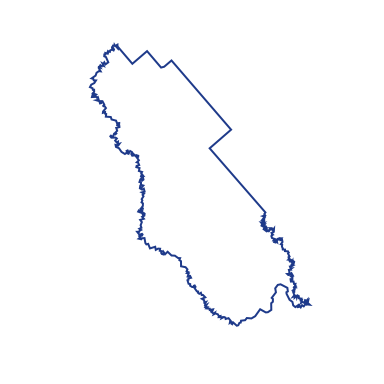 Moira, Victoria, Australia, rotated 229°
{"feature_id": "25037944B99849949120083", "entity_name": "Moira", "entity_type": "district", "adm_level": 2, "iso_a3": "AUS", "parent_name": "Australia", "parent_adm1": "Victoria", "projection": "albers", "projection_center": [145.363, -36.051], "detail": "fine", "context": "isolated", "style": "outline", "palette": "blue", "viewbox_px": 384, "rotation_deg": 229, "n_neighbors": 0, "source": "geoboundaries", "source_scale": "gbopen_adm2", "svg_char_len": 5971}
<svg xmlns="http://www.w3.org/2000/svg" viewBox="0 0 384 384"><g transform="rotate(229 192 192)"><path d="M151.3,138.2L149.9,139.6L149.0,137.8L147.0,138.3L143.1,135.0L139.5,137.8L136.6,137.8L135.7,135.9L133.8,136.7L134.0,135.0L132.5,135.8L131.2,133.5L129.9,135.5L127.9,135.0L129.2,132.6L128.1,131.8L128.4,130.7L125.0,129.2L123.7,130.2L122.5,129.1L120.2,129.8L119.0,131.1L120.0,131.9L119.7,132.7L118.1,132.4L117.9,130.9L113.9,130.5L112.9,131.3L112.1,130.4L110.4,130.7L110.1,132.6L107.9,131.7L107.1,132.7L103.8,132.9L104.9,129.4L102.4,130.2L100.5,128.8L99.8,130.4L99.2,128.5L98.0,128.3L97.8,126.6L97.3,129.1L96.5,126.6L94.9,128.1L94.7,126.5L92.3,128.8L91.3,128.0L89.6,130.9L88.9,129.6L89.9,128.6L89.1,127.9L86.2,128.5L86.0,129.7L85.4,128.3L84.9,130.2L82.5,131.3L80.8,130.7L80.1,131.7L79.8,130.3L77.8,132.6L77.3,131.6L76.7,134.1L75.3,134.8L74.1,134.1L72.8,136.8L70.0,136.7L68.5,134.8L68.4,136.3L66.9,135.6L66.9,136.7L66.1,136.3L66.4,137.5L61.7,138.1L61.1,139.5L62.1,141.9L61.5,143.1L62.7,144.6L60.4,148.0L60.9,150.7L57.6,153.9L56.8,158.2L58.8,166.5L52.7,168.7L51.5,170.4L51.0,174.5L56.1,178.8L56.1,181.0L58.2,182.9L59.8,182.7L61.2,189.5L64.7,191.6L65.6,195.8L64.2,198.3L57.1,201.1L54.1,199.1L54.4,197.5L53.2,196.6L46.6,194.9L43.2,195.7L40.0,194.0L37.3,194.5L36.9,198.0L36.0,197.3L36.6,196.5L35.7,196.3L35.1,197.4L35.7,198.6L33.6,198.4L34.4,200.8L32.4,201.3L32.9,203.9L31.9,204.5L32.6,206.1L31.0,205.7L29.7,206.9L32.4,206.6L34.0,208.7L34.0,206.8L34.9,208.0L34.8,207.1L36.2,206.4L35.7,205.6L34.2,205.9L34.2,204.2L36.6,203.2L36.8,201.7L38.3,204.0L38.9,202.8L39.9,203.3L40.0,204.4L41.6,203.0L43.4,204.3L44.6,203.8L43.6,202.0L44.9,202.8L44.9,200.2L46.0,201.4L46.6,199.7L47.0,201.6L50.1,202.7L49.5,203.6L50.4,204.5L51.5,203.9L51.3,205.7L52.7,206.1L51.9,207.5L53.2,207.3L52.9,208.6L54.0,208.6L54.8,209.8L55.6,208.7L57.9,209.9L59.5,207.9L61.1,208.9L60.2,209.5L61.1,209.8L60.4,210.6L61.6,211.7L63.0,211.4L62.4,213.2L64.5,213.6L64.0,212.6L65.2,213.1L64.9,212.1L66.2,210.2L67.6,210.1L66.9,211.0L67.1,212.7L69.6,214.0L68.5,215.6L69.1,215.7L69.0,217.1L69.6,216.3L71.4,217.0L70.9,217.6L71.6,219.0L70.5,219.0L70.3,220.1L71.3,219.4L72.0,220.7L71.2,221.6L72.3,223.3L72.9,223.2L72.6,221.5L74.1,222.7L73.6,221.3L75.0,221.3L75.3,219.5L75.7,221.7L77.2,220.6L76.9,221.7L77.8,221.3L77.8,222.6L78.3,221.5L79.5,222.1L79.3,223.3L82.6,224.1L83.0,226.1L83.2,225.0L84.2,225.5L86.4,223.4L87.5,224.4L89.6,222.2L89.2,223.4L91.7,224.0L93.1,225.5L94.3,224.8L94.9,227.5L96.6,228.5L97.3,227.6L98.1,229.4L99.2,228.2L98.0,227.5L99.1,227.1L98.6,225.9L99.9,227.2L100.4,226.0L99.8,225.2L100.5,224.6L98.5,223.4L99.5,223.3L99.0,222.0L100.3,221.2L100.9,222.6L101.9,221.7L102.3,223.6L104.8,222.2L106.7,223.0L106.7,224.9L108.4,224.4L107.6,225.1L108.9,225.2L108.3,227.6L110.6,229.9L110.2,228.0L112.3,228.5L113.6,227.0L111.8,227.0L112.5,226.0L112.1,224.3L114.2,224.2L112.9,223.8L113.3,222.5L114.7,222.2L113.4,223.4L115.4,223.2L115.7,224.9L116.5,225.0L116.1,224.2L117.3,222.5L118.3,224.4L119.3,223.0L120.9,222.4L121.4,223.2L119.4,223.6L119.9,225.8L121.2,224.2L121.3,225.9L122.2,224.1L123.2,224.1L121.9,225.0L122.5,227.3L123.1,227.8L123.7,226.1L124.5,228.6L125.0,227.3L125.7,230.6L127.3,229.7L126.4,231.9L127.9,232.1L128.4,234.0L213.4,234.0L213.4,262.4L304.7,262.8L304.8,253.2L306.2,250.3L327.8,250.5L327.9,231.1L349.1,231.3L348.5,230.2L351.5,230.2L351.2,231.7L352.1,232.4L352.6,229.8L353.9,230.0L353.3,229.3L354.3,228.5L353.5,226.6L354.1,225.8L352.6,227.0L350.7,226.6L350.3,225.7L352.0,225.1L352.5,223.0L351.7,222.0L352.8,221.4L352.1,220.0L353.1,220.3L352.3,218.7L353.8,217.8L352.7,216.8L353.3,216.1L352.0,214.8L350.3,215.6L344.8,213.9L345.1,210.4L347.4,210.9L346.9,209.1L347.7,208.8L345.0,208.1L346.3,207.4L346.0,206.4L346.8,206.1L346.2,205.8L347.7,205.9L347.3,204.4L346.2,204.3L347.4,203.6L346.9,203.0L343.0,202.2L344.3,201.0L344.6,198.2L343.1,195.6L343.6,190.8L342.2,191.7L340.7,191.1L339.2,192.7L338.3,189.7L339.1,186.4L338.1,183.8L335.6,185.0L334.2,184.2L333.4,185.2L331.8,183.9L331.6,182.0L328.4,183.6L328.4,181.1L330.5,180.6L329.3,178.8L326.7,182.1L325.6,182.1L325.4,183.2L322.9,182.1L324.0,180.0L321.3,181.7L319.2,180.7L318.7,181.7L320.3,182.9L319.3,184.0L315.5,183.1L315.1,180.7L314.6,182.4L311.8,182.1L311.1,177.7L310.2,176.7L309.3,178.8L308.2,177.8L307.2,178.4L305.4,176.4L301.9,179.9L299.5,178.9L295.7,181.5L293.0,180.5L291.8,182.3L291.1,181.6L292.1,180.2L291.6,179.4L289.5,180.5L288.6,179.8L290.1,176.9L287.3,175.7L287.1,173.1L285.8,173.2L285.8,171.9L287.0,171.2L285.4,168.4L287.7,167.8L287.6,166.9L285.9,166.8L283.2,170.0L281.7,170.4L281.2,167.7L278.7,167.7L278.5,169.1L276.7,167.3L276.0,168.9L275.5,166.8L277.7,165.2L275.9,164.2L273.0,165.6L268.5,165.1L264.7,166.3L264.6,168.0L263.3,168.7L265.9,169.6L265.6,170.7L262.8,170.1L263.5,172.2L261.5,172.9L260.6,172.6L260.5,171.1L258.6,170.7L257.9,171.8L258.8,172.8L254.9,173.1L256.1,174.3L254.6,175.2L253.8,174.4L254.1,173.0L250.8,172.7L250.6,169.9L249.6,170.6L247.0,169.8L248.0,167.3L247.3,166.3L244.5,168.1L242.7,165.7L239.9,167.4L239.5,166.0L236.4,165.8L237.8,164.7L237.2,163.7L235.0,164.5L233.2,163.5L233.3,161.9L235.4,162.3L235.4,161.2L234.0,158.9L232.7,159.8L230.9,158.2L228.8,159.5L228.4,156.5L230.1,156.4L229.0,155.1L226.5,155.9L226.1,157.8L223.4,156.5L224.6,153.9L222.3,154.7L222.2,152.8L220.6,152.6L219.6,149.3L218.2,149.0L217.3,147.1L215.6,147.5L213.7,145.7L213.2,143.4L211.1,144.5L212.9,142.1L211.7,141.4L210.4,142.1L209.9,141.3L213.0,139.9L212.5,138.5L208.7,140.6L206.8,139.9L207.7,141.8L206.7,142.0L205.4,140.5L206.0,138.1L203.4,138.1L204.9,134.6L202.2,134.4L200.6,131.4L198.2,130.4L198.8,128.2L196.8,128.7L197.2,127.1L196.6,126.0L197.9,124.5L194.2,124.3L193.2,126.8L192.4,126.8L191.9,125.6L193.1,123.2L191.6,123.0L191.7,121.2L189.6,122.7L189.9,123.9L188.4,125.9L184.0,123.3L182.4,123.2L181.6,124.9L177.0,123.3L174.8,128.3L172.1,126.7L171.5,129.3L170.1,130.7L168.8,129.1L167.1,130.4L166.3,128.8L165.0,128.6L163.6,129.5L165.2,131.2L162.7,131.0L162.9,134.4L157.5,134.9L155.2,137.3L151.3,138.2Z" fill="none" stroke="#1e3a8a" stroke-width="2"/></g></svg>